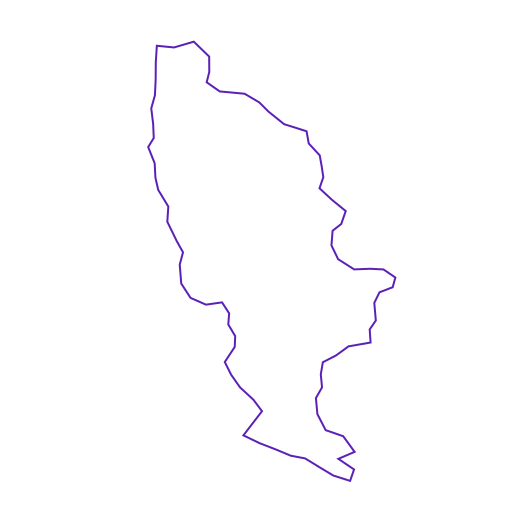 Rio Grande da Serra, São Paulo, Brazil, rotated 109°
{"feature_id": "56859067B81841601254285", "entity_name": "Rio Grande da Serra", "entity_type": "district", "adm_level": 2, "iso_a3": "BRA", "parent_name": "Brazil", "parent_adm1": "São Paulo", "projection": "equal_earth", "projection_center": [-46.376, -23.738], "detail": "fine", "context": "isolated", "style": "outline", "palette": "violet", "viewbox_px": 512, "rotation_deg": 109, "n_neighbors": 0, "source": "geoboundaries", "source_scale": "gbopen_adm2", "svg_char_len": 1153}
<svg xmlns="http://www.w3.org/2000/svg" viewBox="0 0 512 512"><g transform="rotate(109 256 256)"><path d="M73.6,384.6L85.5,401.4L89.5,418.2L105.2,413.9L122.2,408.2L136.9,403.9L150.5,403.1L164.7,396.2L177.7,391.1L188.1,393.4L201.3,382.0L214.7,376.6L225.3,370.0L237.8,355.0L252.5,351.0L267.6,335.9L276.3,326.2L289.0,325.3L306.4,317.7L316.9,304.3L318.3,287.5L310.9,273.0L319.0,262.7L329.8,259.9L338.5,249.6L348.9,246.5L366.4,251.0L376.4,240.8L385.5,228.2L392.7,211.7L400.8,199.8L415.9,204.9L429.7,209.5L431.8,191.8L432.5,173.6L433.5,158.2L431.4,143.7L435.2,126.6L438.4,111.5L438.0,93.8L425.9,93.8L421.0,112.1L409.1,99.0L398.0,114.9L398.0,133.4L385.5,146.5L370.8,153.1L358.7,150.8L346.8,156.2L334.7,158.2L323.9,147.9L311.3,139.1L300.5,119.5L288.4,124.6L278.0,121.7L261.8,128.9L250.1,127.4L241.0,116.6L231.0,117.2L227.2,131.1L231.0,144.2L236.7,158.8L232.3,177.3L221.4,188.1L207.2,191.8L197.9,185.8L184.3,185.8L178.1,202.6L171.3,218.0L159.6,218.0L149.8,223.1L140.1,228.5L132.4,242.8L121.6,248.8L122.2,272.4L115.4,291.2L109.7,302.9L106.3,319.6L112.2,343.9L107.8,359.2L97.2,360.1L82.7,365.2L73.6,384.6Z" fill="none" stroke="#5b21b6" stroke-width="2"/></g></svg>